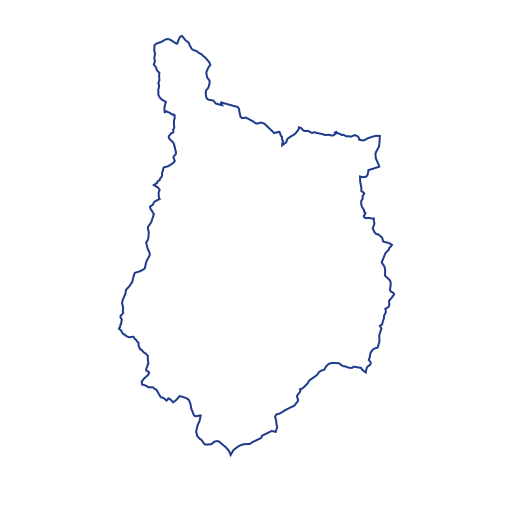 Zamora, Zamora Chinchipe, Ecuador (orthographic projection), rotated 12°
{"feature_id": "8360857B6169045226043", "entity_name": "Zamora", "entity_type": "district", "adm_level": 2, "iso_a3": "ECU", "parent_name": "Ecuador", "parent_adm1": "Zamora Chinchipe", "projection": "orthographic", "projection_center": [-79.016, -4.004], "detail": "fine", "context": "isolated", "style": "outline", "palette": "blue", "viewbox_px": 512, "rotation_deg": 12, "n_neighbors": 0, "source": "geoboundaries", "source_scale": "gbopen_adm2", "svg_char_len": 6122}
<svg xmlns="http://www.w3.org/2000/svg" viewBox="0 0 512 512"><g transform="rotate(12 256 256)"><path d="M358.0,143.0L357.5,141.9L353.1,135.9L351.6,131.6L351.7,129.7L353.5,123.5L353.4,120.9L352.2,112.8L348.2,113.6L345.5,114.9L340.7,117.7L338.2,120.0L336.4,120.8L332.7,120.8L332.5,119.6L331.4,118.4L329.4,117.4L327.2,117.3L324.0,119.6L321.7,119.5L320.2,120.2L316.0,119.3L314.4,119.9L313.0,119.1L310.3,118.9L309.3,118.5L308.7,117.9L307.5,118.8L308.6,119.8L306.4,122.0L304.6,122.5L302.5,122.2L298.2,123.3L295.5,123.0L288.6,123.0L287.4,122.7L285.4,123.9L284.5,123.9L281.1,122.8L277.6,123.6L275.8,123.2L274.5,122.0L273.4,121.4L271.2,121.3L271.4,123.1L269.8,126.7L267.7,129.8L265.6,131.4L262.7,134.5L262.2,135.7L262.0,138.3L258.6,142.3L258.3,140.3L258.6,138.3L257.0,135.9L256.5,133.9L255.2,133.2L254.9,132.3L253.7,130.6L253.0,130.1L253.0,129.8L252.2,129.9L251.2,130.7L250.7,130.7L248.3,132.0L237.2,125.1L235.8,124.7L232.9,124.5L229.5,126.3L228.5,126.3L227.3,126.0L225.3,125.0L217.4,122.7L213.9,124.0L212.0,123.2L209.5,117.8L208.8,115.7L207.5,114.4L206.6,113.9L202.9,113.9L198.2,113.5L197.1,113.6L195.9,113.3L193.0,113.3L190.4,112.9L190.0,113.1L190.0,113.7L191.5,115.5L189.0,115.5L184.8,115.2L182.4,113.1L181.4,112.8L177.2,113.0L175.9,112.7L174.5,111.3L173.8,109.6L173.1,107.8L172.7,105.4L172.9,104.0L173.7,102.8L174.4,101.1L174.7,97.8L174.4,94.7L173.5,93.6L171.4,91.9L169.5,87.9L169.3,86.0L170.1,82.0L171.6,78.5L170.5,76.8L168.5,75.0L165.0,72.4L162.3,71.1L160.9,70.0L158.0,69.3L155.2,67.9L152.3,67.6L150.3,67.0L147.7,64.1L145.8,61.3L143.5,60.3L141.6,59.2L137.9,56.1L136.2,57.4L135.5,59.7L134.8,64.7L133.3,64.6L126.9,62.2L125.0,62.1L123.7,62.4L122.0,63.4L119.0,66.2L115.1,68.5L113.8,69.7L112.9,71.2L113.6,75.5L114.3,77.5L115.2,78.7L115.3,83.5L116.7,86.5L116.2,89.9L118.8,92.1L120.6,95.0L123.4,97.0L123.8,100.1L125.0,104.2L124.5,107.5L125.5,108.7L125.9,110.0L125.9,114.2L126.6,116.4L126.7,117.7L127.2,119.0L129.2,121.2L131.2,122.5L135.9,124.0L135.6,126.3L135.6,130.5L136.8,134.3L137.1,134.3L137.8,133.4L138.6,133.1L140.0,133.6L142.1,133.8L143.7,134.8L145.5,135.1L145.7,134.7L146.2,134.6L147.0,135.1L147.2,135.6L147.8,138.2L147.6,140.6L148.5,144.9L149.3,147.0L149.1,148.9L148.7,149.4L149.4,152.0L148.9,152.8L147.4,153.8L145.8,157.0L145.9,157.9L147.0,159.5L150.8,161.8L152.0,162.9L153.1,164.6L153.0,165.2L154.1,166.5L154.6,168.2L155.8,170.3L156.4,172.4L156.3,173.2L155.2,174.9L154.7,176.7L156.8,179.9L155.8,182.1L151.4,186.5L148.0,188.1L147.2,189.0L147.1,190.1L147.3,191.2L146.8,194.1L147.4,196.7L147.3,197.9L145.9,200.7L146.0,201.8L144.1,203.7L144.2,205.0L143.8,205.6L142.8,206.0L142.4,207.0L141.4,207.8L142.5,208.3L145.5,209.2L147.8,211.1L148.1,211.9L147.6,213.2L147.6,214.6L148.9,219.2L149.4,220.1L149.8,220.3L145.5,223.9L145.0,224.8L144.3,227.6L142.1,229.5L142.0,229.9L143.4,232.4L144.8,233.3L146.0,235.1L147.4,236.2L146.5,244.8L144.3,250.1L144.7,252.1L146.1,254.7L146.9,260.1L146.9,262.0L146.5,263.8L145.7,265.5L148.4,271.3L150.7,274.2L151.9,276.8L151.6,278.7L150.6,281.5L149.9,284.7L149.8,291.1L148.8,292.5L145.8,295.0L141.0,297.7L140.6,299.6L140.3,307.3L138.1,312.5L135.9,316.0L136.1,320.2L134.8,326.6L134.7,329.8L136.8,334.2L137.1,337.5L137.9,338.7L137.6,340.0L136.0,342.7L136.0,343.1L136.0,343.8L138.1,346.3L137.9,348.4L138.3,350.5L137.7,351.2L137.8,353.6L137.2,354.6L137.1,355.7L139.5,356.8L140.6,358.4L141.2,358.7L142.3,359.9L143.3,360.2L144.1,360.1L144.9,360.9L146.2,361.4L148.9,361.9L152.6,360.5L153.0,360.6L154.6,362.2L156.3,363.1L158.0,364.8L159.1,365.3L159.5,366.3L159.7,367.9L162.0,371.3L163.3,371.5L166.5,373.8L168.3,374.3L171.0,376.2L171.4,378.8L173.0,383.3L173.0,383.9L172.5,384.7L172.8,385.3L172.1,389.5L172.2,390.4L172.5,390.9L175.2,391.7L175.7,392.3L175.8,392.9L174.9,395.2L172.1,398.9L170.3,402.6L171.4,405.5L173.1,405.4L176.3,406.0L177.7,406.8L182.7,405.9L184.2,407.0L186.3,407.5L192.0,413.7L192.9,414.1L194.0,413.9L196.6,414.8L198.4,416.1L199.4,415.0L199.8,413.5L200.1,413.4L202.3,414.2L205.4,416.4L207.9,413.5L210.4,409.0L212.2,408.9L216.6,409.4L219.6,410.3L220.6,411.2L222.7,414.5L224.3,418.5L228.6,425.0L230.4,425.2L231.7,424.9L234.6,423.5L235.1,423.5L235.1,429.0L234.0,433.9L234.0,440.7L235.2,442.5L235.7,444.2L239.1,446.6L241.0,447.3L243.9,450.1L245.0,450.8L246.7,450.8L251.4,449.4L254.1,446.1L256.6,445.1L258.2,445.1L266.5,449.5L270.4,452.6L272.6,455.9L274.1,451.1L274.8,449.9L277.0,447.3L279.5,444.8L282.5,443.0L284.0,442.4L288.9,441.2L291.6,438.5L298.7,433.1L299.1,432.2L299.1,430.8L299.6,430.3L307.6,424.0L309.6,423.8L311.8,424.0L312.3,419.1L311.9,417.9L310.9,416.4L310.0,412.8L308.3,409.9L308.1,408.8L308.4,407.8L309.3,406.3L310.9,405.8L312.6,404.6L316.4,400.9L321.4,396.8L324.5,394.6L327.0,389.5L327.3,388.5L325.4,385.0L325.2,384.2L327.0,380.4L327.4,379.0L327.4,378.2L326.7,377.3L328.1,376.5L329.5,375.2L333.0,369.9L333.9,366.8L339.9,360.3L340.6,359.3L341.9,356.2L343.8,354.5L346.5,352.9L347.5,349.5L349.6,346.4L352.2,344.9L357.9,343.8L360.0,343.8L362.1,345.0L364.4,345.6L366.7,345.4L368.5,345.9L371.0,345.9L373.3,345.4L374.4,344.0L382.1,343.6L383.6,345.2L387.5,347.1L387.6,342.3L388.2,340.9L390.3,338.7L390.5,337.1L390.0,335.9L387.9,334.2L388.3,331.3L388.1,328.0L388.3,326.6L389.3,324.0L390.0,322.9L391.3,321.8L394.0,320.3L394.5,313.8L393.1,308.3L393.3,304.4L393.8,301.0L391.7,298.5L393.6,296.8L393.6,293.7L394.1,290.4L393.7,288.1L394.7,283.7L393.5,280.6L395.8,278.8L396.4,277.7L396.6,276.0L395.6,273.0L395.5,272.1L397.3,268.8L399.1,264.8L398.0,263.6L397.0,263.1L395.7,262.9L394.3,261.8L394.0,260.6L393.7,256.0L393.0,253.3L392.5,252.6L391.0,251.3L386.1,248.3L385.7,244.6L384.5,240.9L383.4,239.2L380.3,236.1L382.0,226.3L384.3,222.8L384.8,220.3L385.8,218.8L386.7,216.8L383.2,215.7L377.9,215.5L377.0,214.8L375.8,212.1L371.3,209.4L369.3,209.6L367.5,208.6L364.5,205.0L365.1,199.6L363.9,196.9L363.5,194.8L361.8,195.2L358.4,195.3L355.2,196.2L353.6,195.4L353.2,194.8L353.1,194.3L354.1,192.0L354.1,191.2L352.5,190.2L352.2,188.7L349.3,185.8L347.9,182.7L347.5,180.1L348.5,177.7L347.8,175.4L348.9,172.4L348.2,171.7L345.5,170.5L345.0,167.7L342.5,161.7L341.2,156.6L343.7,156.7L345.1,156.4L347.5,155.3L348.2,153.5L348.3,150.4L348.0,148.7L358.0,143.0Z" fill="none" stroke="#1e3a8a" stroke-width="2"/></g></svg>